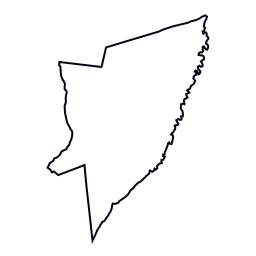 outline of Igarapé-Açu, Pará, Brazil
{"feature_id": "56859067B39490395816756", "entity_name": "Igarapé-Açu", "entity_type": "district", "adm_level": 2, "iso_a3": "BRA", "parent_name": "Brazil", "parent_adm1": "Pará", "projection": "natural_earth1", "projection_center": [-47.522, -1.175], "detail": "fine", "context": "isolated", "style": "outline", "palette": "ink", "viewbox_px": 256, "rotation_deg": 0, "n_neighbors": 0, "source": "geoboundaries", "source_scale": "gbopen_adm2", "svg_char_len": 2773}
<svg xmlns="http://www.w3.org/2000/svg" viewBox="0 0 256 256"><path d="M207.0,16.8L205.4,15.4L202.2,16.6L199.3,18.6L195.9,20.1L193.3,20.7L190.5,21.5L188.3,22.6L186.1,23.2L184.0,23.7L180.8,24.4L178.0,25.2L175.9,25.6L172.5,26.5L162.7,29.7L159.0,31.5L143.3,36.2L129.6,40.3L106.1,47.4L101.5,67.0L78.0,64.2L59.4,62.0L59.2,65.4L60.4,66.5L61.0,75.4L62.2,78.8L63.4,80.6L65.0,84.0L64.6,86.3L64.7,89.4L66.2,90.6L66.8,92.2L66.3,93.8L65.6,98.7L66.0,101.5L65.3,104.0L64.6,105.9L64.8,109.2L65.0,112.7L66.6,120.5L67.8,124.2L69.1,126.0L70.6,129.3L71.8,130.8L72.4,132.9L72.0,136.4L71.3,139.4L70.2,141.7L69.5,144.0L68.8,145.5L67.4,146.8L66.4,149.1L61.7,151.4L59.6,155.2L56.9,157.5L54.1,158.5L53.4,160.8L51.3,162.0L49.6,163.4L49.0,165.0L47.6,167.7L50.1,169.4L52.0,172.4L54.0,171.5L58.2,175.1L80.8,166.5L84.5,165.0L85.5,176.1L86.8,189.5L87.2,192.8L89.6,214.2L92.5,240.6L93.9,237.8L95.4,234.7L96.8,231.3L98.3,228.4L99.8,226.5L100.6,224.5L101.6,223.4L102.3,221.8L104.3,221.1L106.5,217.8L107.8,216.0L109.0,213.8L110.5,211.6L111.6,208.8L112.2,205.3L112.7,203.6L115.2,203.9L118.3,202.7L119.6,200.9L121.2,199.8L124.7,197.4L128.0,194.5L130.0,191.2L131.8,189.1L133.2,188.4L134.8,186.0L137.9,182.9L139.9,182.0L141.2,180.9L142.4,180.0L143.4,178.8L145.0,177.5L146.2,176.0L147.4,175.1L149.3,173.4L149.8,170.6L152.4,171.7L153.9,170.6L154.6,168.7L155.8,169.7L157.3,168.1L157.1,165.9L159.4,163.6L161.8,163.0L161.4,161.4L161.5,159.8L163.3,159.8L164.9,156.7L163.0,156.2L163.1,154.5L164.6,154.3L164.8,152.0L165.7,150.5L166.4,148.5L167.1,146.9L167.6,145.3L168.0,143.5L169.1,142.4L169.9,143.8L171.6,144.0L172.0,142.3L172.5,140.6L173.2,136.9L172.7,135.2L171.1,134.5L172.0,133.1L173.3,132.2L174.1,130.5L175.2,129.1L175.4,127.5L174.7,125.8L176.0,125.0L177.5,125.1L178.3,123.6L177.0,121.8L176.3,120.2L178.3,119.0L180.1,120.0L181.5,119.5L181.2,116.2L182.8,116.3L183.1,114.4L182.4,111.0L181.5,109.7L180.6,107.9L181.1,105.9L181.2,104.2L182.7,103.6L184.3,104.2L184.3,102.4L183.8,100.7L184.6,98.8L186.1,98.6L187.4,97.6L186.5,95.6L186.2,94.0L187.8,93.5L189.3,92.6L187.2,90.3L189.5,89.0L190.4,87.7L190.8,86.0L192.1,85.2L193.6,84.0L195.2,80.8L194.2,79.6L193.3,78.3L194.0,76.2L195.0,75.2L196.5,74.6L196.1,72.9L194.8,71.5L195.9,70.5L197.2,71.3L197.8,73.0L198.9,74.2L200.2,72.8L200.2,71.1L198.1,68.7L197.9,66.8L199.4,65.7L201.0,66.8L202.6,66.1L202.6,64.4L201.9,62.9L200.9,61.5L202.4,60.1L203.8,59.6L204.1,57.7L203.5,56.2L202.1,55.4L200.2,55.3L198.5,54.9L198.9,53.2L200.2,52.3L202.0,52.4L203.0,51.2L202.6,47.0L203.9,46.4L205.8,49.4L207.2,49.6L208.0,47.9L208.2,45.9L207.4,44.5L206.0,43.6L206.4,41.4L207.3,40.0L208.4,38.9L207.9,37.0L206.5,35.8L206.8,34.1L206.0,32.4L204.5,32.6L203.3,33.7L202.6,31.5L204.3,30.3L204.9,27.6L203.9,26.4L204.3,23.5L205.1,21.0L206.1,19.5L207.0,16.8Z" fill="none" stroke="#020617" stroke-width="2"/></svg>